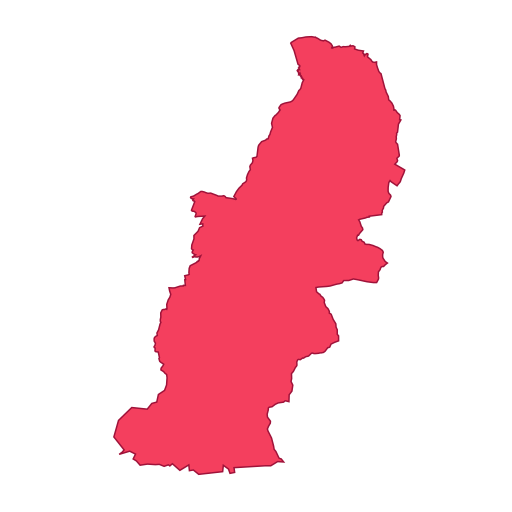 the district of Livezile, Alba, Romania, rotated 266°
{"feature_id": "2599482B33376796576250", "entity_name": "Livezile", "entity_type": "district", "adm_level": 2, "iso_a3": "ROU", "parent_name": "Romania", "parent_adm1": "Alba", "projection": "orthographic", "projection_center": [23.576, 46.381], "detail": "fine", "context": "isolated", "style": "filled", "palette": "rose", "viewbox_px": 512, "rotation_deg": 266, "n_neighbors": 0, "source": "geoboundaries", "source_scale": "gbopen_adm2", "svg_char_len": 6114}
<svg xmlns="http://www.w3.org/2000/svg" viewBox="0 0 512 512"><g transform="rotate(266 256 256)"><path d="M465.9,305.5L458.3,308.3L444.3,311.3L442.9,312.9L442.4,313.0L442.0,312.9L441.3,311.8L440.6,312.4L439.0,310.9L439.2,311.9L438.9,312.2L438.8,310.7L437.4,310.4L437.3,310.8L435.0,311.3L435.3,312.0L434.4,311.5L434.5,312.1L433.8,311.6L433.9,312.7L433.3,312.4L432.1,313.2L432.3,313.6L430.6,313.6L430.6,314.0L431.0,314.2L430.4,314.4L430.2,314.1L429.7,314.4L429.7,315.0L428.8,315.0L428.4,315.9L425.6,314.2L420.2,312.4L418.9,311.4L418.1,310.3L414.4,308.3L409.0,304.0L408.0,302.7L407.3,301.1L406.5,295.5L405.7,292.7L405.1,291.4L402.5,289.3L401.8,289.2L400.8,289.8L400.2,289.7L399.9,290.2L397.5,288.2L395.0,285.4L394.8,284.8L392.3,282.5L387.3,280.8L383.1,281.4L378.7,279.2L376.1,278.3L375.1,277.4L372.1,276.3L371.9,274.7L370.9,273.7L369.7,269.6L366.3,266.4L364.5,265.7L355.3,263.9L354.5,263.0L354.2,260.6L353.8,259.3L351.4,259.6L349.3,258.9L347.0,256.7L345.6,256.1L342.5,256.4L340.8,254.9L337.8,253.2L334.4,251.9L333.2,252.1L331.5,251.6L330.7,250.9L328.9,247.7L327.6,247.0L324.8,243.7L321.6,241.0L316.8,238.0L314.7,240.1L314.0,240.2L313.8,239.7L314.9,236.6L316.3,230.1L317.4,229.5L318.4,228.1L318.1,226.0L318.4,222.4L319.2,221.1L321.9,215.2L321.9,212.4L322.8,210.1L323.3,209.3L324.2,206.6L324.2,205.4L322.3,202.4L322.0,201.5L320.1,197.8L319.6,195.1L319.1,194.8L318.3,195.1L317.7,195.9L317.3,197.7L316.4,196.9L315.8,196.9L315.3,197.4L315.2,198.2L314.5,198.7L306.1,194.8L305.2,195.5L304.9,197.3L304.0,198.5L303.3,199.1L302.3,199.2L299.6,198.0L299.2,198.3L299.5,200.7L299.4,207.7L296.9,205.3L291.6,202.3L291.8,205.1L289.5,205.1L288.2,201.7L284.7,199.9L280.8,195.5L277.4,195.3L271.4,192.7L267.7,192.2L266.7,193.0L266.3,193.8L264.5,192.6L263.7,192.6L261.8,194.8L261.4,195.8L259.5,192.5L259.0,192.8L259.6,194.4L259.2,196.1L259.1,197.6L259.4,199.3L260.1,200.9L258.6,200.1L257.5,199.3L255.7,199.0L255.2,198.0L254.7,198.1L254.5,196.8L253.8,196.5L250.9,189.7L248.4,188.5L244.1,187.9L242.4,188.1L241.8,186.7L241.3,183.5L237.4,184.1L237.3,183.3L231.6,183.5L231.8,181.6L231.2,181.5L231.3,178.4L229.9,172.8L229.9,171.0L230.4,167.0L227.2,167.4L223.7,168.3L220.9,167.2L218.4,165.4L214.0,163.6L209.8,163.5L209.0,163.2L209.5,162.5L209.0,160.9L209.1,159.8L208.8,158.7L205.9,157.0L201.7,156.8L199.2,156.1L197.5,156.0L196.5,156.5L194.7,155.5L189.2,153.7L186.1,151.8L183.6,152.0L182.7,150.1L181.6,149.0L180.5,148.6L178.2,148.5L176.1,149.6L173.9,149.0L172.7,148.0L171.8,148.1L171.2,149.0L168.3,148.6L167.6,149.2L167.0,151.8L161.3,152.6L160.4,152.0L157.7,152.6L156.8,153.4L154.5,156.4L153.2,155.7L150.7,153.5L149.0,153.2L147.1,155.8L145.4,157.0L144.0,158.6L140.8,158.8L133.6,157.8L128.3,155.4L124.7,149.0L117.2,146.8L116.2,141.8L110.8,136.8L113.5,121.5L101.6,107.4L85.4,101.6L71.8,110.9L69.7,108.9L67.7,105.7L70.1,116.4L66.8,122.0L62.1,119.3L59.9,122.4L55.4,125.8L56.0,133.2L54.9,141.1L54.9,145.0L52.6,149.7L53.8,154.0L52.6,155.4L54.6,158.1L47.5,165.1L52.3,174.4L46.5,174.6L46.9,178.6L42.2,183.6L43.2,207.7L49.5,208.8L45.4,213.7L41.0,214.9L41.6,219.6L46.4,219.3L46.1,250.7L45.7,256.1L49.4,263.2L48.6,269.2L51.8,267.0L52.3,265.7L52.9,264.8L59.6,262.2L61.9,260.6L65.1,260.3L73.3,258.8L80.7,255.7L82.7,255.3L85.4,256.7L88.2,258.6L90.2,258.9L94.5,256.2L97.4,256.1L101.6,257.5L103.5,257.7L104.2,258.5L104.5,261.5L106.7,264.8L107.9,267.9L108.3,273.3L109.3,274.6L109.5,275.3L108.4,278.7L115.3,279.4L118.7,282.4L124.6,283.7L128.4,282.2L131.2,283.0L136.2,283.2L138.2,285.2L142.0,287.5L143.4,288.8L144.2,289.2L147.5,289.3L149.5,290.3L149.9,291.1L149.5,293.0L151.0,295.4L150.8,296.3L152.1,298.6L152.4,301.0L152.7,301.7L155.1,304.5L155.2,305.7L154.6,307.0L154.5,308.3L154.6,311.8L154.9,313.1L154.8,314.2L155.1,316.6L156.2,318.3L159.6,321.2L159.6,322.1L160.0,323.2L162.9,324.7L164.4,328.4L165.6,332.5L170.6,332.8L172.2,331.6L176.8,331.9L179.4,330.9L182.8,330.9L187.5,328.5L192.4,327.0L193.0,326.6L193.8,325.2L195.7,325.3L198.5,324.1L200.6,322.1L204.8,320.8L207.1,321.3L208.6,320.6L210.1,319.7L211.4,318.1L213.5,316.9L213.7,316.3L216.1,313.9L220.4,313.6L220.7,316.3L220.7,324.6L220.9,327.8L222.3,334.5L222.6,337.5L223.2,340.0L225.4,341.8L225.1,346.8L226.3,351.6L225.1,356.3L222.6,364.9L221.3,371.3L221.1,374.5L224.3,376.5L225.5,376.8L228.1,376.6L231.6,377.0L233.7,378.8L235.4,379.5L236.4,380.3L236.7,381.4L236.6,382.5L238.4,384.5L239.8,386.6L241.5,384.5L244.7,382.7L245.9,382.3L248.5,382.4L250.9,383.2L252.7,382.5L254.7,380.2L256.2,377.9L256.9,376.2L258.3,373.5L259.7,369.5L259.9,366.8L260.3,365.6L262.2,364.8L263.3,362.9L264.9,362.1L265.4,360.7L264.2,358.8L264.9,358.0L267.0,357.6L269.7,358.8L269.5,359.7L271.2,360.8L274.8,364.4L276.5,364.2L278.3,363.1L283.0,361.9L284.9,360.9L285.4,362.1L286.4,368.3L286.8,368.9L287.0,371.8L287.8,371.7L288.5,384.3L290.3,384.5L290.9,385.1L292.7,385.1L294.9,386.5L296.6,386.8L299.9,390.1L300.7,391.9L305.9,394.8L307.3,394.5L309.2,392.9L311.3,392.3L315.1,392.6L320.0,393.6L321.9,395.0L320.6,396.0L316.2,401.6L318.1,403.2L319.4,404.6L320.5,405.3L323.0,406.3L328.4,409.2L331.4,410.4L337.9,400.9L340.2,403.4L341.3,403.9L343.6,403.3L345.7,405.8L346.6,406.0L357.6,405.0L359.5,403.5L360.3,403.3L363.1,404.2L365.3,404.2L367.1,404.8L368.7,404.8L369.6,405.8L377.6,407.3L381.6,410.0L382.0,408.8L386.0,409.5L387.3,408.8L389.2,406.9L391.7,405.4L392.2,404.6L391.8,404.4L391.9,403.7L393.9,403.8L396.0,403.5L399.1,402.2L401.5,400.4L402.5,399.3L405.9,399.1L410.6,397.2L412.5,397.0L413.9,396.3L429.2,393.4L430.0,392.4L431.5,391.4L435.4,390.3L438.6,389.6L441.2,389.8L441.2,389.2L440.8,388.4L441.3,386.0L442.6,384.9L443.9,384.3L446.8,381.2L447.5,381.2L449.4,381.8L450.0,381.5L450.2,380.5L449.3,379.5L449.6,378.9L448.2,378.0L450.6,377.3L451.1,376.6L453.0,377.5L454.2,372.2L455.7,368.8L457.7,369.3L458.8,367.8L459.0,366.3L458.6,365.3L459.6,364.7L458.6,363.7L458.5,359.5L458.8,357.6L458.2,355.4L459.6,353.6L458.8,349.5L458.8,348.2L458.1,347.1L458.1,346.3L458.3,346.0L459.8,346.9L460.5,346.7L462.5,345.6L464.2,343.7L466.5,339.9L465.9,338.3L466.7,335.6L469.1,332.3L469.4,331.4L470.2,330.6L470.1,330.0L470.9,326.8L471.0,323.7L471.0,320.9L470.5,316.9L470.4,313.4L466.6,306.1L465.9,305.5Z" fill="#f43f5e" stroke="#9f1239" stroke-width="1.5"/></g></svg>